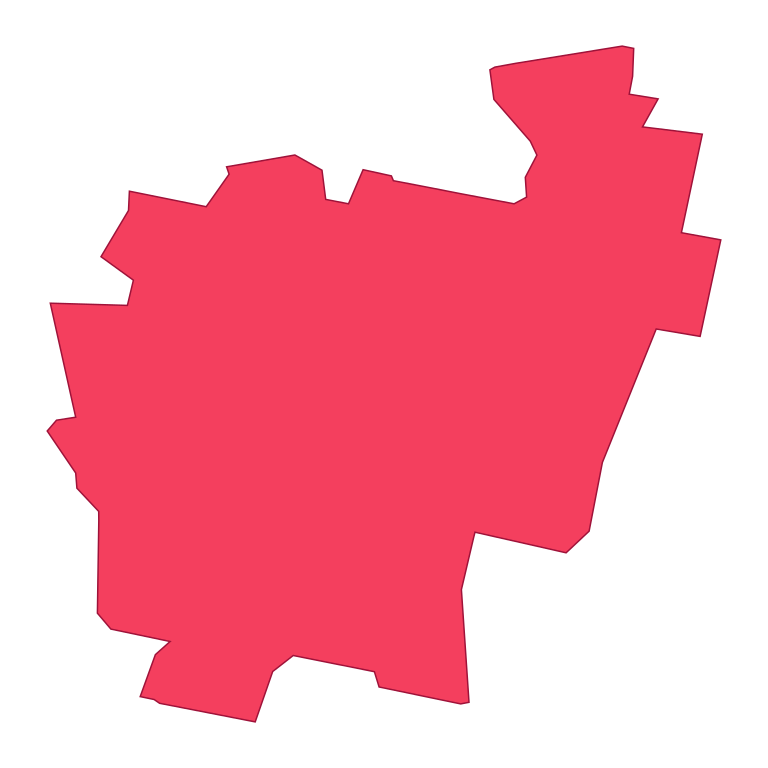 Kennebec, Maine, United States of America
{"feature_id": "52423323B98576109214460", "entity_name": "Kennebec", "entity_type": "district", "adm_level": 2, "iso_a3": "USA", "parent_name": "United States of America", "parent_adm1": "Maine", "projection": "robinson", "projection_center": [-69.775, 44.414], "detail": "fine", "context": "isolated", "style": "filled", "palette": "rose", "viewbox_px": 768, "rotation_deg": 0, "n_neighbors": 0, "source": "geoboundaries", "source_scale": "gbopen_adm2", "svg_char_len": 942}
<svg xmlns="http://www.w3.org/2000/svg" viewBox="0 0 768 768"><path d="M226.6,166.8L229.1,174.2L212.2,198.2L206.2,206.7L129.4,191.2L128.5,210.5L101.0,256.7L133.4,280.2L127.4,305.4L50.3,303.2L75.7,417.2L56.5,420.2L47.2,431.0L75.7,473.0L76.9,488.2L98.7,511.4L98.8,520.6L97.4,613.2L110.9,629.1L170.1,641.5L155.4,654.6L140.2,696.6L154.1,699.5L159.6,703.3L255.2,721.9L272.7,671.5L293.2,655.5L371.4,671.1L374.4,671.7L379.1,687.0L460.7,703.9L469.0,702.3L461.4,589.6L473.7,537.3L475.0,532.2L566.1,552.8L583.1,536.8L589.1,531.2L602.4,462.4L656.2,329.0L700.1,336.4L720.8,239.9L681.4,232.7L702.3,134.2L642.5,126.9L658.1,98.9L629.2,94.2L632.6,76.3L633.7,48.4L622.2,46.1L515.9,63.3L494.9,67.1L489.9,69.8L493.9,99.4L530.3,141.2L536.9,155.1L525.3,177.3L526.6,197.1L514.1,203.8L461.2,193.8L419.6,185.7L393.4,180.7L391.4,175.9L363.1,169.7L348.5,203.8L325.7,199.4L322.0,170.2L294.9,155.0L226.6,166.8Z" fill="#f43f5e" stroke="#9f1239" stroke-width="1.5"/></svg>